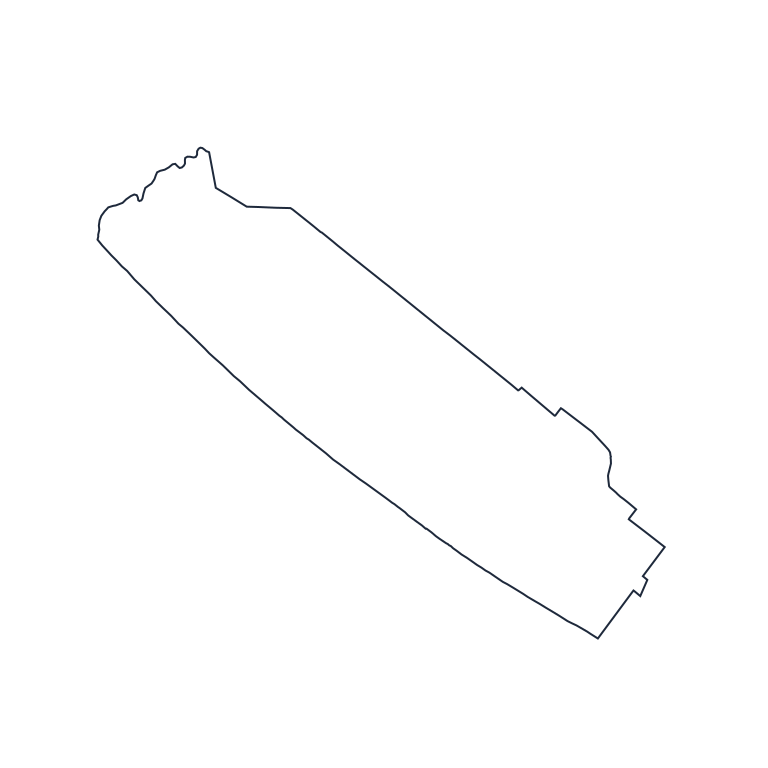 the district of Sipacate, Escuintla, Guatemala, rotated 31°
{"feature_id": "79465075B96502800486536", "entity_name": "Sipacate", "entity_type": "district", "adm_level": 2, "iso_a3": "GTM", "parent_name": "Guatemala", "parent_adm1": "Escuintla", "projection": "robinson", "projection_center": [-91.165, 13.962], "detail": "fine", "context": "isolated", "style": "outline", "palette": "slate", "viewbox_px": 768, "rotation_deg": 31, "n_neighbors": 0, "source": "geoboundaries", "source_scale": "gbopen_adm2", "svg_char_len": 2691}
<svg xmlns="http://www.w3.org/2000/svg" viewBox="0 0 768 768"><g transform="rotate(31 384 384)"><path d="M645.1,358.9L644.8,358.9L640.8,358.1L639.0,357.6L635.8,357.0L631.3,356.3L630.3,356.0L629.6,355.7L625.8,350.8L623.3,347.3L622.5,345.1L621.8,342.6L619.5,335.3L617.3,331.9L616.2,330.6L615.9,329.4L615.2,328.9L613.0,326.2L610.4,324.8L605.4,323.2L595.4,320.3L586.9,317.8L550.2,313.7L548.1,313.7L547.5,318.7L547.1,322.8L546.5,323.3L516.6,318.4L508.4,317.0L503.9,316.2L502.6,320.1L502.2,320.4L493.6,319.0L453.5,313.4L446.2,312.5L415.9,308.4L407.5,307.5L373.7,302.8L338.7,297.9L330.5,296.9L294.2,292.1L279.1,290.0L273.1,289.2L266.2,288.1L252.7,286.2L251.3,286.4L241.4,284.9L216.0,281.5L213.2,281.4L200.4,288.7L185.5,296.8L175.0,302.7L157.3,302.5L138.8,302.5L114.7,275.4L113.3,275.6L111.8,276.0L109.6,275.6L106.8,275.3L104.9,276.0L103.9,277.8L103.9,280.7L105.7,283.8L105.7,284.8L105.7,286.4L104.1,287.9L100.7,289.1L99.2,290.0L98.4,290.4L97.2,292.6L97.9,294.4L99.9,297.6L100.0,299.9L99.2,302.5L97.6,304.1L95.0,303.7L93.1,303.2L91.7,302.8L89.6,304.6L88.0,309.1L85.7,313.2L82.3,316.6L80.5,319.4L80.9,322.5L81.7,326.4L81.7,328.4L81.5,331.9L79.9,335.4L78.4,338.9L79.7,344.5L81.4,349.4L81.4,351.6L80.5,352.6L80.2,353.1L78.8,353.1L77.5,351.6L76.8,350.8L74.8,349.5L72.3,350.2L70.2,353.3L67.9,358.5L66.9,362.4L66.6,363.4L62.1,369.1L60.2,370.7L58.9,372.1L56.7,374.6L56.3,376.8L55.6,379.9L55.1,385.4L55.9,390.0L58.0,395.1L60.5,398.4L62.1,403.2L63.2,404.9L63.5,405.9L64.1,407.8L71.3,410.4L77.5,412.2L84.2,414.2L90.7,415.8L98.8,418.2L105.7,419.4L116.1,422.9L138.7,428.2L145.8,430.5L155.2,432.7L166.5,435.2L176.8,438.2L182.7,439.1L193.8,441.6L212.3,446.0L218.3,447.7L224.5,448.9L236.1,451.0L251.3,454.6L259.3,455.8L271.3,458.5L289.8,461.6L292.6,462.1L302.2,463.6L310.8,465.1L313.5,465.3L316.5,466.0L328.9,467.9L331.9,468.5L335.8,468.9L341.2,469.5L345.6,470.4L348.2,470.4L352.7,471.1L370.0,473.3L379.4,475.0L387.3,475.6L412.3,478.2L419.6,478.6L443.7,480.7L448.7,481.2L452.2,481.6L454.8,481.6L459.2,482.2L461.0,482.3L468.2,483.1L472.4,484.2L483.3,485.2L489.4,485.7L494.3,486.6L494.9,486.1L501.1,486.7L506.8,487.7L511.6,488.1L519.6,488.5L520.9,488.3L523.0,488.7L524.8,488.5L527.8,489.2L532.0,489.5L538.3,490.2L544.9,490.3L557.0,491.2L562.1,491.2L567.0,491.6L571.4,491.4L579.4,491.9L587.8,492.4L592.7,492.1L599.4,492.1L611.2,492.2L616.9,492.5L625.6,492.4L630.5,492.3L637.9,492.4L653.1,492.4L663.4,492.7L668.5,492.3L673.3,491.8L685.7,491.6L689.7,491.8L698.4,492.0L703.8,436.4L704.2,432.5L705.3,432.6L712.9,433.8L710.6,416.3L704.9,415.4L708.6,379.2L701.3,378.3L694.8,377.5L682.3,376.0L663.5,373.9L663.4,372.8L664.7,361.6L654.8,360.0L648.7,359.2L645.1,358.9Z" fill="none" stroke="#1e293b" stroke-width="2"/></g></svg>